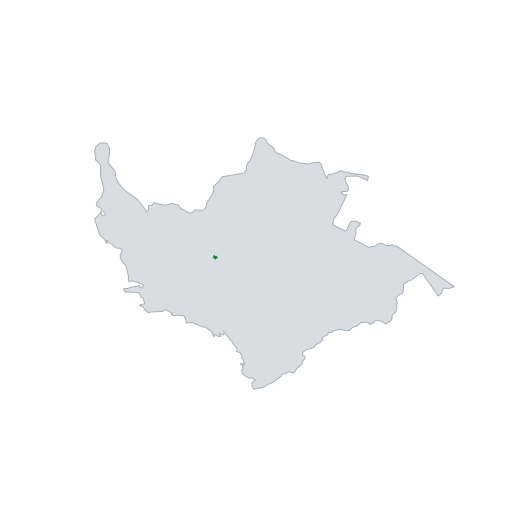 Briceño, Boyacá, Colombia (highlighted), rotated 296°
{"feature_id": "7082276B11306112242915", "entity_name": "Briceño", "entity_type": "district", "adm_level": 2, "iso_a3": "COL", "parent_name": "Colombia", "parent_adm1": "Boyacá", "projection": "natural_earth1", "projection_center": [-73.909, 5.679], "detail": "fine", "context": "in_parent", "style": "filled", "palette": "green", "viewbox_px": 512, "rotation_deg": 296, "n_neighbors": 0, "source": "geoboundaries", "source_scale": "gbopen_adm2", "svg_char_len": 4538}
<svg xmlns="http://www.w3.org/2000/svg" viewBox="0 0 512 512"><g transform="rotate(296 256 256)"><path d="M288.1,77.4L283.8,79.4L275.5,81.9L269.8,92.7L265.9,94.6L261.0,101.0L257.5,109.0L254.8,125.1L247.7,138.8L248.3,139.4L251.1,138.8L253.8,137.3L254.8,137.8L255.7,140.2L259.0,140.8L261.6,151.9L266.5,157.5L267.0,159.7L267.7,164.3L265.9,167.1L265.4,177.3L267.0,179.8L270.7,180.8L273.1,187.1L274.7,188.6L276.9,189.6L282.3,188.6L292.1,189.6L294.4,189.5L299.9,187.3L306.8,190.0L311.9,190.4L325.9,209.5L327.3,208.9L329.0,210.0L332.6,208.1L335.6,207.8L339.6,208.7L344.8,208.7L355.4,206.8L357.0,205.7L362.8,206.8L364.5,208.2L365.3,211.8L364.7,214.0L362.7,216.2L361.6,219.0L361.3,222.5L360.3,225.0L358.5,226.7L357.7,229.1L358.2,232.3L357.2,246.7L358.0,247.9L358.6,253.8L361.1,261.5L362.2,263.7L364.3,265.5L368.0,271.8L367.2,273.9L357.7,283.8L357.2,286.1L359.0,285.2L361.9,286.1L363.0,288.5L370.1,295.4L370.0,298.0L372.0,303.2L371.7,304.3L376.6,319.1L376.7,322.2L372.6,323.1L372.5,313.2L371.9,311.2L367.3,302.4L366.3,301.7L363.2,302.7L358.1,309.2L355.7,310.1L353.7,309.2L351.8,305.4L350.5,304.6L349.3,307.9L350.9,310.8L328.2,310.8L323.7,309.6L317.7,311.0L317.6,326.0L328.3,326.2L331.3,330.5L331.0,333.9L331.5,335.2L328.9,335.9L325.1,333.6L318.5,336.4L313.6,337.0L313.3,353.5L316.2,357.6L321.9,362.0L322.8,365.0L322.4,367.9L323.7,371.4L325.6,373.3L325.6,375.4L326.6,377.8L315.3,447.8L311.3,443.5L309.8,439.6L307.9,438.1L304.1,439.3L300.0,437.3L313.2,413.6L312.7,411.5L301.8,405.7L300.6,404.2L295.4,401.1L292.5,402.0L290.9,403.5L286.9,404.0L283.6,401.5L279.8,399.8L275.2,403.8L273.8,403.8L270.5,405.5L267.0,406.2L262.5,404.4L258.8,405.7L256.2,405.4L255.2,404.1L251.9,402.7L251.6,401.1L252.5,398.2L251.1,392.4L250.6,391.4L248.1,391.4L245.2,389.3L244.6,388.0L245.2,385.7L244.7,383.7L241.8,379.1L237.9,377.9L234.1,374.0L230.2,372.7L228.5,369.9L226.8,363.7L222.9,358.8L220.1,357.2L219.2,354.9L216.3,354.7L212.5,351.5L210.8,351.3L209.6,352.8L206.0,351.2L203.0,348.9L199.8,348.3L197.8,346.9L194.0,342.4L190.0,340.2L187.7,341.0L186.9,344.3L185.6,344.9L180.9,344.1L180.1,344.8L178.9,344.6L173.2,342.2L167.6,341.3L166.2,335.7L162.6,333.7L161.5,331.1L159.0,331.4L149.4,326.3L145.5,322.8L142.1,320.8L138.5,316.9L138.0,315.3L135.3,313.0L136.6,310.0L139.9,307.8L144.2,309.5L144.7,306.1L143.1,303.1L143.9,296.1L145.0,294.6L147.4,293.2L148.8,293.8L149.8,292.6L153.3,293.1L154.3,292.6L157.0,289.9L158.1,287.7L159.4,287.9L162.2,284.1L161.7,280.4L164.4,279.6L167.2,273.5L168.5,273.3L169.1,270.4L174.0,260.3L172.2,261.5L170.3,260.8L170.6,257.4L170.0,257.0L168.4,259.6L167.1,257.0L167.4,252.6L165.2,253.5L165.3,252.5L168.5,249.2L169.9,241.7L168.8,239.1L168.2,227.9L167.6,225.8L165.0,223.0L169.2,219.8L170.7,217.4L168.8,212.4L166.3,208.3L166.2,205.8L167.7,206.0L168.3,199.1L166.9,196.5L165.2,196.4L159.7,186.2L157.8,184.1L159.2,179.1L160.9,177.0L160.6,173.2L161.7,173.4L164.0,176.8L165.0,176.3L168.7,173.1L168.8,170.1L171.8,167.0L167.6,156.5L166.2,154.8L167.9,151.5L168.9,151.7L170.5,155.0L173.1,157.1L177.0,162.9L178.6,164.2L177.4,165.5L177.2,166.9L177.7,167.7L179.9,167.9L180.8,166.3L180.2,159.2L179.3,155.6L177.3,153.1L177.9,152.0L181.9,150.3L190.1,143.5L192.9,137.2L195.0,134.9L197.4,133.4L200.4,133.7L202.7,132.9L203.4,130.9L201.9,126.5L203.6,120.4L203.6,117.4L204.7,115.5L204.3,114.8L201.4,117.0L204.4,112.7L206.6,106.2L218.5,94.7L226.2,97.5L228.6,97.3L225.4,98.8L224.9,100.4L226.1,102.1L227.2,102.7L228.2,101.5L230.8,94.8L231.2,91.1L232.3,89.9L234.0,89.4L241.5,91.0L248.7,90.4L260.4,80.8L269.2,76.8L271.4,72.8L272.0,69.9L273.5,68.7L275.2,68.7L276.2,67.1L280.3,64.5L284.6,64.2L289.2,66.5L291.3,70.4L291.7,73.1L288.1,77.4ZM153.4,291.9L152.9,292.4L151.8,291.5L151.5,290.3L152.1,289.5L152.9,289.8L153.4,291.9Z" fill="#d9dde1" stroke="#a8b0b8" stroke-width="1"/><path d="M237.2,221.1L237.3,221.0L237.3,220.9L237.4,221.0L237.4,220.9L237.4,221.0L237.4,220.9L237.5,220.8L237.5,220.7L237.8,220.7L238.0,220.4L237.9,220.3L237.7,220.4L237.6,220.5L237.4,220.5L237.4,220.4L237.3,220.2L237.2,220.2L237.2,219.9L237.3,219.8L237.3,219.7L237.5,219.4L237.5,219.2L237.5,218.9L237.6,218.7L237.4,218.7L237.4,218.4L237.2,218.4L237.0,218.5L236.9,218.8L236.8,219.0L236.7,219.0L236.4,219.2L236.4,219.3L236.4,219.5L236.3,219.4L236.3,219.5L236.3,219.4L236.2,219.4L236.2,219.5L236.2,219.4L236.2,219.5L236.2,219.4L236.1,219.5L236.2,219.8L236.3,219.9L236.2,219.9L236.2,220.0L236.3,220.0L236.3,220.3L236.2,220.4L236.3,220.4L236.3,220.5L236.4,220.8L236.5,220.8L236.6,220.7L236.8,220.7L236.9,220.8L237.0,220.8L237.1,221.0L237.2,221.1Z" fill="#22c55e" stroke="#15803d" stroke-width="1.5"/></g></svg>